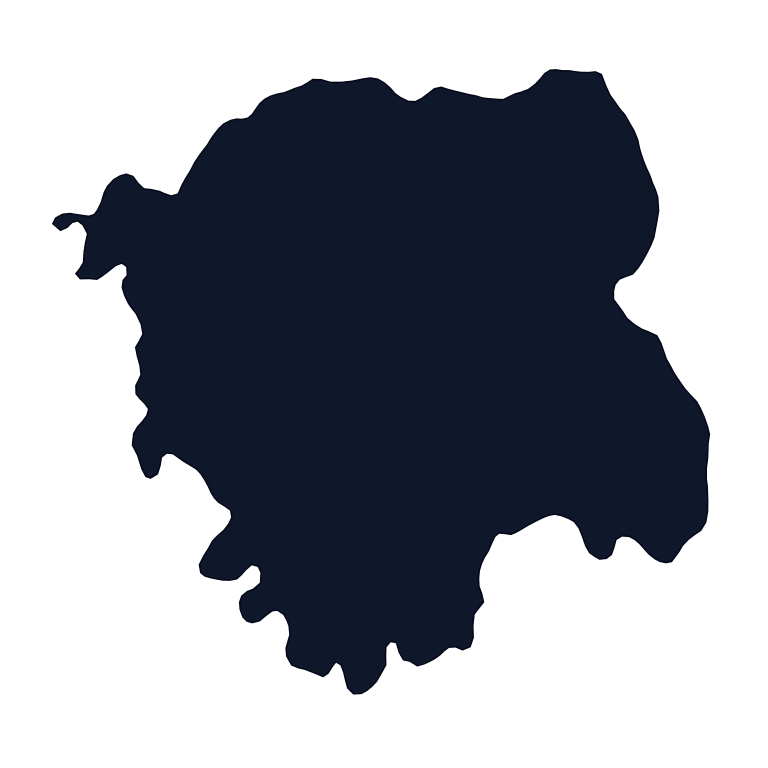 Indianópolis, Minas Gerais, Brazil, rotated 357°
{"feature_id": "56859067B71925312752547", "entity_name": "Indianópolis", "entity_type": "district", "adm_level": 2, "iso_a3": "BRA", "parent_name": "Brazil", "parent_adm1": "Minas Gerais", "projection": "equal_earth", "projection_center": [-47.866, -18.967], "detail": "fine", "context": "isolated", "style": "filled", "palette": "ink", "viewbox_px": 768, "rotation_deg": 357, "n_neighbors": 0, "source": "geoboundaries", "source_scale": "gbopen_adm2", "svg_char_len": 4294}
<svg xmlns="http://www.w3.org/2000/svg" viewBox="0 0 768 768"><g transform="rotate(357 384 384)"><path d="M61.7,206.6L69.0,213.6L75.9,210.8L80.8,206.3L86.7,205.0L91.8,209.4L95.9,218.4L93.4,227.3L91.5,236.6L90.3,247.0L86.4,252.8L82.1,257.7L86.2,262.9L95.2,263.2L102.8,264.3L108.0,261.4L113.9,257.4L122.1,251.5L128.5,249.5L133.4,253.2L133.4,262.2L129.0,266.9L127.7,273.9L129.8,282.1L133.1,290.1L136.4,295.3L140.3,300.8L144.7,311.4L146.0,321.5L141.9,328.6L138.0,334.5L139.1,342.5L141.4,353.0L141.9,362.2L138.9,367.7L136.1,372.8L136.0,380.8L139.6,385.9L144.3,391.1L147.8,396.6L145.5,403.2L140.7,409.0L135.6,414.0L131.4,420.6L129.6,431.8L134.3,442.2L137.9,456.3L141.4,463.8L146.0,465.7L153.0,461.9L156.0,453.9L157.8,445.5L163.3,441.5L169.7,442.5L174.6,446.4L179.7,450.5L184.8,453.9L192.3,459.1L196.6,464.2L200.0,470.1L203.3,477.0L205.9,483.6L208.7,488.8L212.8,493.5L218.9,497.7L224.3,502.1L225.1,509.4L221.7,515.7L216.4,521.9L210.2,526.7L204.6,531.9L199.9,539.5L195.1,546.3L190.2,554.9L191.2,562.8L195.1,566.3L201.0,568.4L207.9,570.1L212.5,571.2L219.7,571.8L226.7,570.8L231.8,566.7L236.1,562.2L242.4,557.3L248.8,559.4L251.4,565.7L250.3,576.3L242.7,582.2L236.5,584.2L230.9,588.4L228.5,594.3L228.6,601.5L230.9,609.1L234.7,613.5L239.8,615.4L247.3,613.9L255.0,608.1L260.4,604.6L265.7,604.2L271.9,608.8L274.7,614.6L276.6,620.5L277.0,629.5L274.5,636.6L272.4,642.8L272.7,650.7L277.1,659.7L283.7,662.8L290.2,664.7L300.7,669.4L307.8,672.9L313.0,669.8L317.1,663.9L321.4,658.8L326.3,662.1L328.7,669.4L330.4,678.8L331.9,685.6L337.4,691.8L345.1,691.8L350.2,689.4L355.8,685.4L360.9,680.5L365.3,673.8L371.0,664.7L371.3,655.0L372.0,646.7L376.9,641.4L382.8,642.8L385.3,652.9L389.0,660.4L395.4,662.1L402.5,667.1L409.7,665.4L414.3,663.6L419.5,661.2L425.1,657.7L430.0,653.5L434.9,650.2L441.8,650.2L448.5,653.5L456.2,650.8L459.8,641.8L460.0,629.8L461.9,618.5L467.7,611.8L471.9,607.0L470.5,598.5L468.2,591.1L468.2,583.3L469.3,575.6L471.8,568.5L474.9,562.6L479.3,556.3L482.9,549.0L486.5,542.2L490.9,538.8L496.7,539.5L502.9,540.8L507.5,539.1L512.7,536.6L520.1,532.6L526.8,529.5L532.3,527.1L536.9,525.2L542.0,523.6L547.9,522.9L554.3,524.7L561.3,527.8L566.6,531.1L571.2,537.7L574.4,547.0L577.1,556.3L580.7,563.3L585.4,567.0L590.2,570.1L596.9,569.7L602.1,566.1L604.6,560.2L607.5,551.4L613.6,548.1L621.0,549.0L626.7,552.5L631.0,556.7L635.1,561.8L639.8,567.7L645.7,572.8L650.5,575.6L656.2,577.1L661.8,576.3L665.7,571.6L669.5,567.0L673.6,560.8L679.8,554.9L686.3,550.5L692.7,546.6L698.0,538.8L700.4,528.3L701.1,517.7L701.4,503.2L700.8,495.9L701.4,484.9L703.2,475.2L704.5,460.1L706.3,451.2L704.8,443.5L702.0,433.9L698.7,425.3L695.3,418.1L689.7,411.6L684.3,405.0L680.4,398.8L676.6,392.6L673.7,387.4L670.7,380.8L667.1,373.7L665.3,367.3L662.7,358.1L658.9,350.1L651.9,346.4L643.8,342.6L637.0,337.8L629.9,331.2L626.0,324.3L622.4,318.7L617.6,311.6L618.0,302.8L619.9,296.6L624.5,291.5L631.6,289.0L637.9,287.2L643.5,281.5L647.8,275.7L652.5,268.3L657.6,259.4L661.2,251.5L662.7,245.3L664.8,236.6L667.3,225.3L667.1,211.8L665.1,204.2L662.4,196.9L660.1,189.0L657.6,183.1L655.0,175.5L652.7,167.6L651.2,161.0L650.2,153.8L647.0,144.5L643.2,137.0L638.6,127.9L633.4,121.1L629.1,114.2L624.8,107.5L621.4,99.0L619.4,93.1L617.3,86.3L611.4,83.4L605.0,83.7L597.3,83.2L590.4,82.1L585.8,81.0L578.6,80.6L572.2,79.3L566.5,79.3L560.9,82.4L555.9,87.9L550.8,92.7L543.5,97.6L535.8,100.0L530.4,101.1L524.1,103.7L518.1,106.3L513.3,105.9L508.1,105.2L503.2,104.6L497.1,103.5L491.2,101.3L484.2,99.6L476.5,97.3L469.1,95.1L463.0,93.1L456.6,90.7L449.8,91.8L443.5,96.2L436.9,100.7L430.2,103.7L423.1,103.1L415.1,98.6L410.0,94.5L405.9,89.2L400.5,83.8L393.8,79.3L386.4,77.7L379.4,78.3L374.6,79.0L368.1,80.0L357.6,80.6L346.1,80.0L337.3,76.9L328.8,76.2L323.6,79.3L317.5,82.4L310.1,84.4L304.9,86.3L299.5,88.0L292.6,89.0L285.9,90.7L280.0,93.4L274.7,97.6L270.3,103.1L266.7,107.9L262.1,111.4L255.9,112.4L250.5,111.8L244.8,112.8L237.9,115.8L232.8,120.0L228.2,125.1L224.8,129.3L220.2,136.1L212.3,145.3L206.5,153.1L201.9,161.0L196.8,168.3L192.6,175.1L188.5,183.5L181.4,185.2L174.5,182.4L169.8,180.0L161.4,177.7L154.4,176.6L149.1,171.1L144.1,163.6L137.5,161.0L131.4,162.4L124.7,165.9L118.2,172.2L114.7,178.2L111.5,187.2L107.2,195.3L103.4,199.7L98.0,201.1L92.6,200.1L85.6,198.7L79.0,197.3L72.0,197.7L64.8,201.1L61.7,206.6Z" fill="#0f172a" stroke="#020617" stroke-width="1.5"/></g></svg>